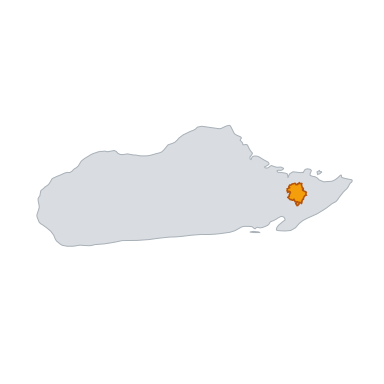 Bealanana, Sofia, Madagascar (highlighted), rotated 69°
{"feature_id": "10022922B56468572037030", "entity_name": "Bealanana", "entity_type": "district", "adm_level": 2, "iso_a3": "MDG", "parent_name": "Madagascar", "parent_adm1": "Sofia", "projection": "robinson", "projection_center": [48.911, -14.561], "detail": "fine", "context": "in_parent", "style": "filled", "palette": "amber", "viewbox_px": 384, "rotation_deg": 69, "n_neighbors": 0, "source": "geoboundaries", "source_scale": "gbopen_adm2", "svg_char_len": 7007}
<svg xmlns="http://www.w3.org/2000/svg" viewBox="0 0 384 384"><g transform="rotate(69 192 192)"><path d="M244.5,46.4L245.4,48.8L246.5,51.1L249.8,56.6L251.3,58.7L252.5,61.0L253.1,65.5L255.2,72.5L257.2,83.0L257.8,93.8L258.4,98.8L259.9,103.4L262.5,108.3L263.3,113.7L261.7,119.2L259.4,124.4L258.9,125.4L257.8,126.8L257.3,126.7L255.5,125.4L254.0,123.1L252.2,117.9L251.5,115.3L250.7,114.9L248.6,115.1L247.0,116.8L246.7,117.8L247.0,120.7L247.6,123.4L247.9,126.0L247.9,129.4L248.5,130.4L249.4,131.3L250.3,133.5L250.4,138.7L249.9,141.4L248.3,143.7L248.4,144.9L249.0,146.2L248.4,147.0L246.4,148.0L245.6,148.9L244.5,151.2L242.7,155.9L242.4,158.3L243.5,165.7L243.2,170.9L240.9,180.9L239.6,185.6L237.8,191.3L234.9,198.7L232.1,208.1L229.7,217.7L228.0,223.5L226.0,229.2L223.3,239.3L220.9,249.5L217.5,260.7L212.8,273.3L212.3,274.9L211.3,281.3L210.2,286.9L209.0,292.4L206.3,301.5L206.0,304.3L205.4,307.0L202.9,312.7L201.8,314.8L201.1,317.1L200.6,320.0L199.9,322.7L198.0,327.8L195.3,332.2L193.4,333.7L189.3,336.0L187.2,336.5L182.6,336.6L178.1,337.9L173.5,340.4L169.1,343.3L167.3,344.7L165.5,345.5L159.6,345.6L157.8,345.0L151.8,340.2L149.5,339.5L145.2,338.8L143.9,338.4L142.7,337.8L140.9,335.3L137.4,333.2L136.5,332.5L136.0,331.1L135.6,329.5L134.7,327.8L134.0,324.4L132.9,322.1L129.6,318.0L129.3,316.7L129.0,312.3L129.0,309.4L128.7,304.0L129.0,301.4L130.1,299.1L129.6,296.7L128.4,294.1L127.9,291.4L127.0,288.9L123.6,284.5L122.8,282.3L122.2,280.1L120.9,273.0L120.7,270.6L120.9,265.4L121.3,262.8L122.1,260.9L122.3,259.5L122.8,258.3L123.6,257.4L124.2,256.3L125.4,249.7L127.0,248.2L129.3,247.3L131.2,245.6L132.3,243.3L133.3,238.5L136.3,233.7L137.4,231.2L139.7,227.4L141.8,222.1L142.5,219.6L142.9,217.0L143.4,211.3L143.8,208.5L143.7,205.7L142.5,202.9L139.5,197.7L139.4,196.7L139.6,192.9L139.4,190.1L138.3,187.3L136.9,184.7L135.5,179.8L134.8,171.7L134.9,168.8L134.5,166.2L133.4,163.7L134.1,159.4L142.8,143.7L143.1,141.8L142.7,137.0L142.9,134.2L143.2,133.2L143.8,132.6L145.3,132.3L152.4,131.6L153.3,131.2L155.1,129.8L157.5,127.3L158.6,126.5L159.6,126.8L160.2,127.9L161.0,128.5L163.9,127.3L165.0,127.3L166.1,127.5L166.6,126.4L166.9,125.0L167.3,124.0L168.1,123.4L171.8,123.1L174.2,122.7L177.2,121.7L177.9,121.9L180.3,125.5L181.1,125.8L182.0,125.9L182.9,125.3L180.9,123.4L180.6,122.3L180.7,121.1L181.7,118.6L183.5,116.6L187.5,113.6L191.6,110.1L192.8,109.9L193.8,110.4L194.6,114.5L194.5,115.2L195.2,115.3L195.9,114.8L196.6,113.1L196.6,111.8L196.1,110.4L195.8,109.3L195.8,108.3L197.9,105.9L199.5,103.6L200.3,100.8L200.9,99.6L202.7,98.1L203.2,98.4L203.6,99.5L203.8,100.7L203.4,102.0L202.7,103.2L202.5,104.8L203.4,105.1L204.4,104.7L205.7,101.8L207.3,99.0L208.2,97.6L209.3,96.6L211.2,96.8L213.1,97.4L210.1,94.5L209.3,90.5L212.9,83.6L213.0,82.2L213.5,81.8L213.7,81.2L211.8,78.9L211.5,77.7L211.7,76.0L212.6,74.4L213.4,73.3L214.6,72.9L215.5,73.5L217.5,75.4L218.9,75.7L220.5,73.9L221.9,71.6L223.9,70.0L226.2,69.0L229.7,65.4L232.0,57.9L232.1,55.7L231.6,53.0L230.8,50.5L229.5,47.3L229.8,46.6L231.8,47.0L232.4,46.6L234.5,43.8L237.9,38.4L239.0,38.4L240.0,39.4L240.4,40.9L241.0,41.9L243.3,44.5L244.5,46.4ZM220.6,67.6L220.7,68.5L218.0,68.1L217.6,65.3L218.9,65.2L219.2,64.0L220.0,63.9L220.8,66.4L220.6,67.6ZM252.3,148.2L250.1,152.4L250.7,148.9L253.3,143.9L254.1,143.5L252.3,148.2Z" fill="#d9dde1" stroke="#a8b0b8" stroke-width="1"/><path d="M220.3,95.5L220.5,95.7L220.5,95.9L220.6,96.0L220.8,96.4L220.8,96.5L220.9,97.0L221.0,97.2L221.0,97.4L221.0,97.5L220.6,97.8L220.5,98.0L220.5,98.3L220.7,98.6L220.8,98.6L220.9,98.8L221.1,98.9L221.1,99.0L221.3,99.2L221.5,99.4L221.7,99.6L221.8,99.7L221.8,99.8L222.0,99.9L222.4,99.8L222.5,99.7L222.8,99.5L223.0,99.4L223.1,100.3L223.1,101.5L223.1,102.0L223.5,102.0L223.8,102.1L224.1,102.4L224.4,102.7L224.6,102.6L224.9,102.6L225.0,102.7L225.4,102.8L225.7,102.9L225.9,102.9L226.1,102.8L226.1,102.6L226.0,102.3L226.2,102.1L226.4,102.2L226.6,102.4L226.6,102.1L226.7,101.9L226.5,101.7L226.4,101.2L226.4,100.9L226.5,100.8L226.4,100.8L226.5,100.7L226.8,100.3L227.0,100.3L227.1,100.5L227.4,100.6L227.5,100.6L227.8,100.5L228.0,100.4L228.1,100.5L228.0,100.8L228.3,100.9L228.5,101.1L228.5,101.3L228.7,101.5L228.9,101.5L229.1,101.8L229.2,102.0L229.3,102.1L229.5,102.2L229.8,102.3L230.0,102.3L230.3,102.5L230.8,102.7L230.8,102.8L230.7,102.9L230.7,103.0L230.8,103.0L231.0,103.5L231.1,103.8L231.3,104.1L231.2,104.3L231.3,104.4L231.4,104.2L231.7,104.3L231.9,104.2L232.1,103.9L232.8,103.7L233.0,103.7L233.6,103.4L233.8,103.1L234.0,103.0L234.4,103.0L234.4,102.8L234.5,102.4L234.5,102.1L234.7,101.9L234.8,101.9L235.0,101.8L235.5,101.5L235.7,101.1L235.8,101.0L235.8,100.9L235.8,100.7L235.6,100.4L235.6,100.2L235.4,100.0L235.5,99.8L235.3,99.5L235.3,99.4L235.6,99.4L235.8,99.4L236.1,99.3L236.1,99.5L236.3,99.4L236.5,99.3L236.8,99.4L236.9,99.5L237.0,99.5L237.3,99.3L237.4,99.2L237.6,99.1L237.9,99.2L238.0,98.9L238.3,98.6L238.5,98.5L238.5,98.3L238.5,98.2L238.6,97.8L238.6,97.6L238.6,97.4L238.7,97.2L238.9,97.0L239.1,97.1L239.2,97.4L239.2,97.6L239.3,97.7L239.3,97.8L239.4,98.1L239.5,98.4L239.7,98.6L239.7,98.8L239.6,99.0L239.8,99.2L239.9,99.3L240.1,99.3L240.1,99.2L240.5,98.9L240.6,99.0L240.9,99.0L241.0,99.0L241.0,98.9L241.3,98.8L241.7,98.9L241.8,98.9L242.2,98.8L242.3,98.8L242.3,98.6L242.3,98.4L242.5,98.2L242.3,98.0L242.2,97.9L242.2,97.7L242.2,97.4L242.0,97.2L241.8,96.8L241.7,96.5L241.5,96.2L241.4,96.2L241.0,96.2L240.9,96.2L240.3,96.0L240.0,96.0L239.9,96.0L239.9,95.7L240.0,95.5L240.3,95.1L240.6,94.8L240.8,94.5L241.1,94.5L241.3,94.3L241.5,94.1L241.8,94.1L242.0,94.0L242.0,93.9L241.6,93.7L241.4,93.4L241.2,93.4L241.1,93.2L240.8,93.0L240.6,92.9L240.3,92.9L240.3,92.7L240.0,92.5L239.9,92.5L239.7,92.6L239.4,92.2L239.1,92.1L238.9,91.7L238.7,91.5L238.7,91.4L238.8,91.2L238.6,90.8L238.7,90.6L238.1,90.3L237.9,90.4L237.7,90.1L237.4,89.8L237.3,89.7L237.1,89.6L236.9,89.3L236.8,89.2L236.7,89.2L236.6,88.9L236.5,88.7L236.4,88.7L235.9,88.1L235.9,87.8L235.9,87.7L235.8,87.4L235.9,87.2L235.9,86.8L235.9,86.5L235.7,86.6L235.5,86.8L235.4,86.8L235.1,86.6L234.8,86.3L234.7,86.3L234.4,86.3L234.2,86.1L233.8,85.9L233.6,85.8L233.5,85.7L233.4,85.7L233.4,85.8L233.2,85.4L233.0,85.5L232.8,85.7L232.6,85.7L232.4,85.8L232.1,86.1L232.0,86.5L231.7,86.6L231.4,87.0L231.1,87.2L230.5,87.5L230.4,87.7L230.3,87.8L230.2,88.0L229.8,88.1L229.6,88.1L229.5,87.9L229.4,87.8L229.4,87.5L229.3,87.3L229.3,87.2L229.2,87.2L229.0,86.9L228.9,86.9L228.7,87.0L228.6,86.9L228.4,86.8L228.2,87.0L227.9,87.2L227.9,87.3L227.7,87.5L227.4,87.6L227.0,87.5L226.9,87.4L226.6,87.4L226.1,87.4L225.9,87.3L224.9,87.3L224.6,87.1L224.3,87.1L224.1,87.0L223.8,86.6L223.5,86.4L223.3,86.5L223.3,86.8L223.3,87.0L223.0,87.4L223.0,87.7L222.9,88.0L222.7,88.3L222.4,88.4L222.0,88.4L221.8,88.5L222.0,88.8L222.0,89.0L222.3,89.4L222.5,89.4L222.5,89.5L222.4,89.7L222.4,89.9L222.3,90.2L222.4,90.3L222.2,90.3L222.2,90.6L222.4,90.8L222.5,91.0L222.6,91.5L222.6,91.8L222.6,92.0L222.5,92.3L222.3,92.3L222.2,92.2L222.1,92.3L221.8,92.4L221.6,92.4L221.3,92.4L221.0,92.5L220.9,92.6L220.7,93.0L220.7,93.7L220.7,94.1L220.7,94.3L220.7,94.7L220.6,95.0L220.3,95.5Z" fill="#f59e0b" stroke="#b45309" stroke-width="1.5"/></g></svg>